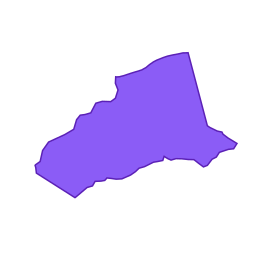 the district of Lamaze, Choiseul, Saint Lucia, rotated 254°
{"feature_id": "8701671B134536261517", "entity_name": "Lamaze", "entity_type": "district", "adm_level": 2, "iso_a3": "LCA", "parent_name": "Saint Lucia", "parent_adm1": "Choiseul", "projection": "orthographic", "projection_center": [-61.019, 13.807], "detail": "fine", "context": "isolated", "style": "filled", "palette": "violet", "viewbox_px": 256, "rotation_deg": 254, "n_neighbors": 0, "source": "geoboundaries", "source_scale": "gbopen_adm2", "svg_char_len": 1491}
<svg xmlns="http://www.w3.org/2000/svg" viewBox="0 0 256 256"><g transform="rotate(254 128 128)"><path d="M117.7,28.4L115.3,28.4L109.9,27.5L75.7,57.8L75.7,58.1L82.1,72.3L82.1,77.9L85.8,81.7L85.4,83.2L84.4,87.4L84.0,91.2L85.3,93.3L85.8,94.0L84.0,98.3L82.1,102.5L80.8,108.1L82.1,117.6L84.0,123.2L86.3,127.5L86.3,133.2L86.5,134.4L88.1,143.1L87.6,147.3L87.2,152.5L89.5,154.0L90.8,154.9L89.3,156.2L87.2,158.2L86.2,159.5L85.3,160.5L85.3,165.7L84.4,168.5L83.5,171.4L83.0,172.6L82.0,175.1L81.2,177.0L79.4,182.7L74.8,186.0L69.8,189.8L70.2,194.0L74.8,200.2L75.7,204.9L79.4,209.1L79.8,218.6L79.0,223.3L78.9,223.8L83.1,228.5L90.8,221.4L95.9,217.6L98.2,217.2L100.5,212.9L106.0,206.8L108.3,204.9L183.8,206.5L183.9,205.9L184.5,203.5L184.7,202.7L185.0,201.7L185.1,201.0L185.2,199.3L185.2,199.0L185.3,197.4L185.4,196.1L185.5,195.2L185.6,193.8L185.7,193.0L185.8,192.0L185.9,190.9L186.2,185.8L186.0,181.5L185.3,174.4L184.5,170.5L184.0,169.2L183.6,167.9L183.1,166.4L182.6,165.2L182.2,164.3L181.2,162.1L181.1,161.9L180.8,160.4L180.3,158.3L180.0,157.1L180.0,156.9L180.0,155.4L179.9,154.2L179.9,153.3L179.9,151.1L179.9,150.0L179.8,145.5L179.7,143.9L179.7,143.1L179.5,138.7L179.5,137.7L179.6,135.4L179.6,133.9L179.9,132.6L180.1,131.7L180.3,130.9L180.6,130.3L174.5,128.2L167.3,128.9L160.1,124.1L158.1,118.7L160.7,110.6L160.7,103.9L152.8,96.4L152.8,90.4L153.5,85.6L150.2,80.9L141.7,75.5L139.1,65.4L136.4,47.8L129.9,39.7L120.0,34.3L118.1,28.9L117.7,28.4Z" fill="#8b5cf6" stroke="#5b21b6" stroke-width="1.5"/></g></svg>